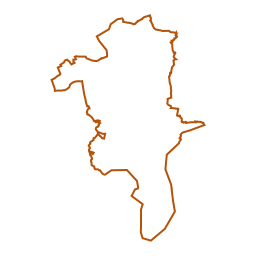 Rindal nor, Møre og Romsdal, Norway (Mercator projection)
{"feature_id": "86288312B78124054872734", "entity_name": "Rindal nor", "entity_type": "district", "adm_level": 2, "iso_a3": "NOR", "parent_name": "Norway", "parent_adm1": "Møre og Romsdal", "projection": "mercator", "projection_center": [9.312, 63.003], "detail": "fine", "context": "isolated", "style": "outline", "palette": "amber", "viewbox_px": 256, "rotation_deg": 0, "n_neighbors": 0, "source": "geoboundaries", "source_scale": "gbopen_adm2", "svg_char_len": 5444}
<svg xmlns="http://www.w3.org/2000/svg" viewBox="0 0 256 256"><path d="M150.0,15.4L144.9,16.9L144.5,16.9L142.6,18.2L142.3,19.0L142.2,19.1L141.1,19.4L140.7,19.8L140.2,19.9L139.3,20.5L138.6,20.7L138.1,21.0L137.6,21.0L137.4,21.6L137.5,21.8L137.2,22.1L135.6,23.1L135.5,23.3L135.5,23.6L135.3,23.8L133.9,24.3L131.9,23.5L128.7,22.7L128.2,22.8L123.1,21.8L123.3,20.1L122.2,18.4L117.5,19.2L110.7,24.2L109.0,29.2L96.8,36.4L99.1,40.9L106.5,50.1L107.1,53.8L107.0,56.5L101.3,58.7L101.2,58.4L98.2,60.5L97.3,60.7L96.6,61.1L92.4,60.6L86.5,58.3L85.7,56.7L84.7,56.6L79.1,56.6L77.6,56.5L76.2,56.2L74.8,56.8L76.0,59.2L74.2,59.8L73.5,59.7L73.6,60.1L73.3,60.7L73.4,60.9L73.4,61.2L73.4,61.9L74.4,62.5L74.6,62.8L71.4,64.4L70.7,63.4L70.2,62.9L69.5,61.6L68.1,60.7L67.3,59.7L65.2,60.3L64.5,61.0L64.3,62.0L63.8,62.6L60.4,64.7L60.9,65.6L61.2,66.0L57.8,67.5L60.4,74.0L59.9,74.7L58.6,75.5L57.6,75.9L54.7,78.3L51.6,79.8L54.7,88.5L54.9,90.9L56.9,90.6L61.4,90.6L62.7,90.3L64.9,90.1L67.3,88.9L69.3,87.2L69.8,85.6L69.9,84.9L71.2,83.6L72.9,82.5L74.5,81.7L78.1,81.2L81.6,81.4L82.1,81.2L84.0,93.2L84.9,97.2L85.4,99.0L86.0,102.3L87.0,105.7L87.1,106.3L88.5,106.2L88.6,106.8L89.1,107.4L89.5,108.4L88.4,108.7L88.1,109.0L87.4,110.3L87.1,111.1L86.9,112.0L86.9,112.4L87.3,113.5L87.2,114.3L88.0,114.7L88.6,114.6L88.8,114.8L88.9,115.0L89.1,115.1L91.6,117.0L92.8,118.7L93.8,120.5L93.8,120.9L94.0,121.1L97.8,120.3L99.8,120.9L99.6,121.7L99.5,121.9L97.9,121.2L95.4,121.8L95.8,122.3L97.5,122.0L97.9,122.1L98.3,122.3L99.0,122.1L99.3,122.3L99.3,122.6L99.9,123.0L99.4,123.2L99.1,123.5L99.1,124.3L98.7,124.5L98.9,125.0L98.5,125.4L98.6,125.7L98.5,126.0L98.2,126.2L98.2,126.3L97.9,126.8L96.7,127.1L96.2,127.5L95.8,128.5L95.8,128.8L96.0,129.6L96.5,130.3L97.6,131.4L97.9,131.9L97.8,132.3L99.2,132.4L102.5,133.8L105.1,133.8L104.1,138.6L102.5,138.3L101.9,138.1L101.9,137.9L101.8,137.7L101.1,137.0L101.0,136.7L100.8,136.4L100.4,136.1L99.9,136.0L99.1,135.3L98.8,134.5L98.4,134.0L98.1,133.8L97.9,134.1L97.3,134.7L96.9,135.5L96.5,136.0L96.0,136.3L95.6,137.1L95.1,137.7L93.7,138.1L93.5,138.5L93.5,138.9L93.5,139.5L93.4,139.8L93.5,140.0L93.3,140.2L92.5,140.6L92.0,141.1L91.5,141.4L90.5,141.7L90.4,142.2L90.2,142.6L90.4,143.5L90.0,143.7L90.0,144.0L89.9,144.3L89.3,144.7L88.7,145.5L88.7,145.8L89.5,146.8L89.6,147.0L89.6,147.5L89.9,148.0L89.9,148.4L89.4,148.9L89.0,149.7L89.0,150.6L89.3,151.2L92.8,152.3L93.7,152.8L92.8,154.1L91.3,153.2L89.6,152.6L89.7,152.9L90.2,153.5L90.4,153.9L90.4,154.2L90.0,154.5L90.0,154.8L90.4,155.4L91.0,155.8L91.2,156.5L91.9,157.9L92.2,158.7L92.1,159.0L91.6,159.1L91.3,159.5L91.2,159.7L91.3,160.1L91.0,160.6L91.1,161.5L91.3,162.0L91.4,162.5L91.6,163.3L91.6,163.8L91.6,164.3L91.5,164.8L91.6,165.0L92.2,165.6L92.7,165.7L94.2,166.5L94.4,167.1L94.3,167.4L94.5,167.6L94.5,168.2L94.8,168.7L94.9,169.0L95.7,169.3L97.9,169.3L98.1,169.4L99.1,170.4L99.6,170.5L100.0,170.3L101.3,172.2L102.7,173.9L104.3,174.6L105.1,174.6L111.4,170.3L126.9,170.0L137.0,181.0L138.1,187.1L138.0,188.4L135.0,189.4L131.6,196.0L142.7,204.2L141.0,209.6L141.0,227.1L140.8,232.4L142.6,238.2L150.9,240.6L164.8,228.9L174.9,211.5L173.1,201.3L171.6,189.1L171.8,189.0L171.4,186.7L171.1,184.6L165.4,169.2L166.8,154.7L178.9,143.3L179.3,141.7L180.1,140.7L180.7,139.8L181.0,139.4L180.6,138.6L179.6,138.3L179.9,137.6L181.1,135.9L180.5,134.8L181.8,133.2L183.7,132.1L185.9,131.6L189.9,130.4L204.4,125.0L203.8,124.3L203.6,123.4L203.1,122.7L202.9,122.7L202.7,123.0L202.4,123.0L201.4,122.2L201.2,122.3L200.5,121.8L199.6,121.9L197.7,121.7L197.2,121.5L196.3,121.8L195.5,121.5L195.6,122.0L195.8,122.3L191.5,122.2L186.3,122.9L186.4,122.5L186.0,121.9L184.8,122.1L183.7,122.7L183.3,122.6L183.1,122.1L181.8,122.1L181.6,121.7L181.8,120.5L181.7,118.4L181.1,117.8L180.5,117.6L180.0,115.7L179.7,115.7L179.9,116.6L177.0,115.5L178.3,108.8L178.0,108.7L177.2,108.6L176.3,108.8L175.3,108.4L171.1,108.0L171.2,107.9L171.1,107.5L170.9,106.1L168.5,105.0L167.3,103.7L167.7,100.6L167.6,98.9L171.3,97.6L171.1,96.7L171.2,95.1L170.9,93.7L171.2,90.9L171.1,89.6L170.8,88.6L170.9,87.2L170.9,86.5L170.7,85.9L170.6,85.4L170.0,83.6L169.7,82.8L169.6,81.3L169.2,77.7L169.1,76.6L169.4,76.6L169.9,75.0L170.1,72.9L171.1,73.1L171.4,70.3L172.1,67.3L174.2,64.5L173.7,62.5L173.5,60.4L174.0,60.3L175.1,59.2L175.9,59.2L174.4,57.9L173.9,57.4L173.6,56.8L174.4,54.6L175.2,53.4L175.3,52.8L174.9,52.6L174.8,52.4L173.7,52.7L173.4,51.7L172.6,49.9L172.5,48.3L172.2,46.1L172.3,45.4L172.3,44.4L172.1,43.9L171.5,43.4L171.6,43.0L171.3,42.8L171.4,42.6L171.1,42.4L171.4,42.3L171.2,42.2L171.4,42.0L171.2,41.9L171.3,41.6L171.7,41.7L171.9,41.4L171.8,41.1L172.1,41.2L172.8,40.8L172.8,40.5L173.2,40.6L173.4,40.4L173.3,40.2L173.6,40.2L173.8,40.0L174.2,39.5L174.3,39.3L174.5,39.0L174.3,39.0L174.3,38.9L174.6,38.8L174.8,38.5L174.7,38.6L174.6,38.4L175.5,38.3L175.7,38.1L175.6,37.9L175.9,37.7L176.1,37.2L176.5,37.0L176.4,36.9L176.5,36.6L176.1,36.6L176.3,36.5L176.1,36.4L176.1,36.1L175.8,35.7L176.1,35.5L175.9,35.3L176.4,35.1L176.4,34.9L176.1,34.8L176.1,34.6L176.1,34.4L176.0,34.0L176.3,33.7L176.1,33.7L175.9,33.4L176.0,33.3L176.0,33.2L176.3,33.1L176.2,32.7L176.1,32.9L173.6,32.5L173.5,32.3L172.0,32.3L170.2,32.0L169.0,30.8L162.4,31.0L160.3,30.3L155.5,29.4L154.2,28.3L153.0,26.2L152.8,25.9L152.7,25.7L152.6,25.3L152.7,25.1L152.8,24.8L151.9,23.6L151.3,22.0L150.9,21.6L151.0,21.4L150.9,21.3L150.9,21.1L150.8,20.8L150.3,20.5L150.8,20.0L150.7,19.7L150.8,19.4L150.8,18.9L151.0,18.5L150.9,18.3L150.9,18.0L150.7,17.7L150.2,16.9L150.3,16.8L150.1,15.8L150.0,15.4Z" fill="none" stroke="#b45309" stroke-width="2"/></svg>